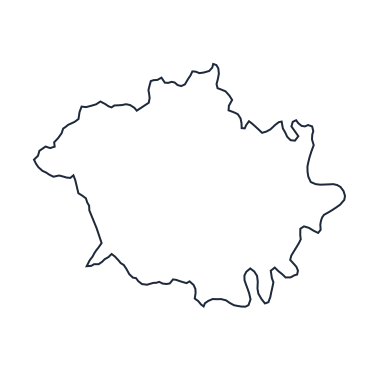 outline of Vargem, Santa Catarina, Brazil, rotated 350°
{"feature_id": "56859067B53689598872527", "entity_name": "Vargem", "entity_type": "district", "adm_level": 2, "iso_a3": "BRA", "parent_name": "Brazil", "parent_adm1": "Santa Catarina", "projection": "equal_earth", "projection_center": [-50.941, -27.469], "detail": "fine", "context": "isolated", "style": "outline", "palette": "slate", "viewbox_px": 384, "rotation_deg": 350, "n_neighbors": 0, "source": "geoboundaries", "source_scale": "gbopen_adm2", "svg_char_len": 3116}
<svg xmlns="http://www.w3.org/2000/svg" viewBox="0 0 384 384"><g transform="rotate(350 192 192)"><path d="M183.6,306.7L185.4,303.8L189.1,302.1L193.7,301.0L198.0,301.9L202.0,302.5L206.7,304.6L209.9,307.8L213.7,310.8L217.6,312.3L221.1,313.5L224.8,314.2L228.0,313.2L231.0,307.9L230.7,301.7L230.0,297.4L229.1,292.4L228.4,288.0L229.1,283.4L231.6,280.0L236.1,277.4L239.5,281.1L241.5,285.9L241.2,291.7L239.7,298.4L239.7,303.6L241.8,309.4L244.5,314.4L248.1,313.8L250.9,309.0L252.6,304.6L254.3,300.6L256.5,295.0L255.7,290.7L255.9,283.2L260.4,280.8L263.3,284.9L266.5,288.5L269.3,292.4L274.4,293.2L278.0,291.9L281.2,291.5L282.7,287.8L281.8,283.8L279.7,280.3L276.9,275.9L278.8,271.8L282.7,267.4L285.6,264.1L288.4,260.9L290.9,257.4L291.1,253.3L292.3,247.0L296.3,245.3L300.9,247.6L305.1,251.3L309.1,254.2L312.1,251.6L312.7,246.4L314.0,242.8L315.7,239.7L318.0,237.4L322.4,235.9L326.1,234.5L331.0,232.4L335.7,230.2L338.1,228.2L340.6,226.2L342.0,222.4L341.4,217.4L339.1,212.8L336.1,210.3L332.5,208.8L328.5,208.3L323.3,207.6L319.3,207.0L315.1,205.7L310.7,202.8L309.2,197.1L309.3,192.2L310.1,187.0L311.8,182.7L313.8,178.2L316.5,173.0L320.0,167.0L319.3,161.0L320.4,156.4L322.0,153.2L321.7,148.3L317.9,146.2L314.5,147.0L311.4,145.9L308.6,142.7L307.0,139.4L303.4,140.4L301.3,144.7L304.3,151.0L306.4,155.5L302.3,159.3L298.1,158.1L295.3,154.1L294.2,149.8L292.5,145.1L292.5,138.2L289.6,138.3L285.7,140.3L280.2,143.9L275.8,145.4L271.3,145.9L268.0,141.4L265.2,137.8L262.9,134.9L260.4,132.2L256.9,135.6L255.0,138.5L252.0,137.7L252.7,132.9L252.6,127.9L250.6,123.3L247.7,121.2L245.1,119.6L242.2,117.9L243.3,113.5L247.5,108.3L245.5,103.5L242.5,98.7L238.6,96.2L235.2,94.2L234.9,90.0L237.1,85.2L239.0,80.2L239.4,74.8L238.0,71.2L235.1,69.6L233.5,73.1L229.9,75.8L224.3,76.4L219.9,76.2L216.5,74.1L213.3,73.3L210.8,76.9L207.6,80.2L203.7,84.8L199.8,85.8L196.4,84.2L194.0,81.2L191.2,80.0L187.5,80.4L184.2,79.6L181.8,74.1L177.4,75.6L173.6,75.2L170.7,75.6L168.5,80.2L166.8,84.1L166.8,88.1L166.6,92.1L164.9,96.6L151.7,102.3L149.9,99.1L146.1,95.6L142.3,94.1L137.9,94.2L134.3,93.8L130.5,93.3L127.5,94.7L124.7,93.1L121.7,90.2L117.5,87.0L112.8,89.0L107.6,89.6L102.4,90.0L98.1,88.7L95.1,93.8L92.9,100.4L88.7,102.5L85.0,103.5L81.8,104.3L78.9,105.9L76.1,107.2L73.8,111.5L69.4,115.8L64.9,119.1L64.6,123.5L59.9,124.1L55.7,121.8L52.0,123.5L48.9,124.9L46.6,129.6L42.0,132.7L43.4,137.4L45.1,141.0L48.4,145.2L51.7,147.5L54.3,150.0L58.2,152.9L64.0,152.7L67.6,154.3L71.0,156.0L74.6,157.0L78.1,155.0L79.1,160.0L79.9,173.5L83.3,176.5L86.4,179.8L87.0,184.1L88.3,187.6L87.7,192.3L91.8,211.2L94.1,226.6L90.0,230.7L87.6,232.8L85.2,235.3L82.9,238.3L79.3,241.6L75.4,246.8L80.1,247.2L83.0,246.1L87.5,246.9L91.4,245.1L94.4,243.0L98.4,241.6L102.1,239.1L104.9,242.2L107.7,246.5L109.5,249.7L112.1,252.0L114.0,256.3L116.0,262.1L119.0,266.1L121.9,267.1L123.6,270.5L126.8,274.0L131.6,275.5L135.2,275.1L138.3,274.8L141.2,275.2L144.1,274.8L147.2,277.1L151.1,278.2L154.2,278.2L158.1,274.8L161.0,275.7L164.2,277.5L167.3,279.1L170.8,280.8L174.1,279.6L177.4,283.8L178.5,288.0L178.0,292.1L176.2,297.4L179.2,300.5L181.4,304.4L183.6,306.7Z" fill="none" stroke="#1e293b" stroke-width="2"/></g></svg>